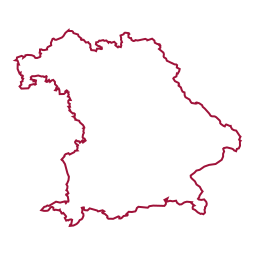 Bayern, Natural Earth projection
{"feature_id": "DEU-1591", "entity_name": "Bayern", "entity_type": "State", "adm_level": 1, "iso_a3": "DEU", "parent_name": "Germany", "parent_adm1": "", "projection": "natural_earth1", "projection_center": [10.676, 48.917], "detail": "fine", "context": "isolated", "style": "outline", "palette": "rose", "viewbox_px": 256, "rotation_deg": 0, "n_neighbors": 0, "source": "natural_earth", "source_scale": "10m", "svg_char_len": 5617}
<svg xmlns="http://www.w3.org/2000/svg" viewBox="0 0 256 256"><path d="M159.9,44.8L158.8,44.8L160.2,46.2L160.4,47.0L160.3,47.8L159.0,49.0L163.4,52.6L163.9,54.2L163.6,56.4L164.0,57.3L166.1,58.6L166.8,60.7L174.6,64.4L176.3,64.5L177.1,65.2L176.8,67.5L179.7,69.0L179.2,71.1L177.8,73.6L176.9,73.4L176.4,76.4L173.8,77.7L173.3,78.6L175.0,81.2L178.5,82.9L178.9,83.6L178.6,85.1L179.1,85.3L178.8,85.9L180.9,87.4L181.7,90.0L182.6,91.7L184.5,92.4L184.7,95.4L185.5,97.2L189.5,99.5L191.0,102.3L191.8,103.0L195.5,103.6L196.3,103.5L196.1,102.7L196.7,102.5L199.3,103.3L202.1,105.2L202.7,106.8L204.8,108.6L209.2,113.5L210.6,115.7L211.9,116.3L214.7,116.4L216.2,117.2L219.6,120.4L220.2,121.5L220.2,123.1L220.9,124.0L223.7,126.0L224.8,126.4L225.7,124.7L226.4,124.5L229.9,126.0L230.7,125.9L230.9,127.0L232.1,129.1L233.8,130.1L236.2,130.6L239.6,135.8L240.5,136.6L239.1,139.7L240.6,140.8L240.0,141.3L239.9,142.0L240.0,145.8L238.8,148.4L236.9,148.9L236.1,151.2L234.1,150.4L233.3,149.4L231.8,148.6L226.9,147.4L223.8,148.1L223.2,148.8L224.1,151.5L223.1,153.8L223.1,156.6L221.7,159.8L215.6,164.0L209.1,164.9L204.3,166.6L199.7,169.8L196.4,170.6L194.5,172.7L190.7,175.5L190.8,177.1L191.7,178.4L195.0,181.4L196.5,184.5L199.8,186.8L201.4,189.9L202.6,191.4L199.6,195.6L199.2,197.2L198.0,198.8L198.8,199.5L201.4,199.9L204.1,199.4L206.2,201.8L206.7,203.4L206.6,204.9L205.9,206.3L205.0,207.2L205.1,208.5L204.5,209.7L205.0,212.6L203.4,214.2L201.8,213.6L200.6,213.9L197.7,212.3L195.2,210.0L192.8,208.9L192.6,207.4L193.1,206.0L194.4,205.5L191.5,203.2L192.0,202.2L186.9,201.7L184.3,202.4L181.5,204.3L179.5,204.5L177.1,202.8L176.1,200.7L172.7,201.3L170.0,200.8L167.4,201.5L166.7,200.5L167.5,198.3L164.5,199.9L165.8,201.9L165.9,203.5L165.7,204.4L164.4,205.9L153.2,205.6L149.3,206.2L147.8,207.7L138.4,206.8L136.9,208.0L136.0,210.5L135.2,211.4L131.9,212.0L128.7,211.8L126.5,214.0L127.5,214.4L127.7,214.9L127.3,215.5L123.6,216.0L121.5,218.1L120.4,218.5L119.3,218.4L119.4,216.8L118.4,216.4L113.2,218.8L108.3,218.7L107.2,217.6L107.5,216.9L107.4,216.2L105.0,214.0L102.6,213.1L102.3,212.6L104.2,211.3L102.6,210.3L98.0,211.4L97.1,210.5L89.7,208.4L87.5,210.4L85.0,210.2L83.6,209.4L84.0,208.0L83.8,207.4L82.5,207.6L81.8,207.8L82.5,209.7L82.0,212.6L83.3,213.8L83.5,215.8L82.4,218.4L81.6,219.3L79.7,220.1L78.4,222.3L76.6,224.0L73.5,225.5L69.8,225.9L70.2,224.7L71.2,224.3L72.1,219.8L71.2,219.4L69.2,219.7L68.4,220.4L67.5,220.1L66.2,220.6L64.8,217.9L65.8,217.2L66.1,216.5L65.7,215.8L63.3,212.9L62.0,213.6L61.5,213.3L61.0,211.8L59.9,210.7L59.8,209.7L58.5,210.3L55.7,209.7L54.5,210.1L53.5,209.7L53.3,207.6L52.1,206.9L50.7,207.3L48.4,210.3L47.1,210.8L44.1,210.9L41.3,210.2L44.2,206.9L46.1,206.4L47.3,205.5L48.9,205.9L56.0,201.7L60.1,202.6L64.8,201.4L65.9,203.2L66.3,202.7L66.5,201.5L68.3,201.6L68.5,200.8L67.8,196.5L66.1,194.8L66.4,194.2L67.5,194.1L68.4,193.3L67.2,190.7L66.4,190.3L67.3,188.4L67.5,186.2L66.4,184.3L67.1,183.5L68.5,180.2L68.9,176.7L67.5,173.5L65.0,164.1L62.6,160.3L62.0,160.2L61.5,159.6L64.5,156.3L64.4,155.5L65.5,154.2L68.5,153.2L69.6,154.5L74.2,152.2L75.0,150.8L77.4,150.5L77.0,150.1L77.6,147.7L77.0,146.2L78.1,145.5L78.0,145.1L75.9,143.7L75.1,142.4L75.2,141.6L76.2,140.4L77.4,141.2L78.9,141.2L79.9,142.7L82.6,140.3L83.2,140.6L82.7,141.9L83.0,142.5L85.6,140.6L84.5,138.6L83.1,138.1L82.6,137.2L83.0,134.6L83.9,132.8L83.4,131.7L83.8,128.7L83.3,128.3L84.3,127.8L84.3,127.4L83.0,125.1L79.9,122.4L79.2,120.8L75.3,119.7L75.5,118.8L74.6,118.0L74.7,117.3L73.3,116.6L74.4,116.2L74.9,115.2L74.8,113.9L73.8,113.2L72.8,113.5L69.5,110.6L70.1,110.1L69.4,109.1L69.3,107.9L68.5,106.8L70.0,106.7L69.4,104.9L69.8,103.9L68.3,102.8L68.3,100.8L69.1,99.9L70.6,100.0L69.2,97.0L67.9,96.5L68.8,94.7L68.2,93.5L68.6,92.3L67.2,91.9L67.4,90.9L66.6,90.4L65.3,91.4L65.7,92.5L63.9,94.0L59.7,94.1L59.4,90.0L58.6,89.3L58.9,88.8L58.6,88.3L56.8,89.4L56.3,90.4L55.2,90.2L56.1,89.0L56.2,88.0L57.2,86.4L55.0,84.2L54.9,81.8L53.2,79.9L51.7,80.4L50.0,81.9L49.0,79.9L47.9,80.8L47.7,81.7L46.6,81.9L45.5,81.2L46.3,79.5L46.3,77.3L46.7,76.7L46.4,76.2L44.2,77.0L43.0,76.3L41.6,76.5L38.2,75.5L34.9,76.2L32.1,76.2L30.8,77.3L31.2,78.2L30.8,79.3L33.3,79.9L33.4,81.3L34.1,81.2L34.7,80.1L36.0,80.5L35.5,83.3L35.9,84.1L35.0,84.7L33.7,84.1L29.9,85.1L29.5,85.5L29.7,86.5L28.3,88.3L21.4,88.6L19.6,86.4L21.4,84.7L20.9,82.0L22.5,81.3L22.5,80.1L23.2,78.6L22.0,78.0L21.9,77.5L22.9,76.0L22.5,75.5L20.9,75.2L20.5,74.4L20.6,72.7L19.5,73.4L17.6,68.9L17.7,64.3L18.9,64.5L17.6,60.7L15.4,60.3L16.7,59.5L17.0,57.5L21.6,55.9L23.6,56.8L23.4,57.6L25.2,56.3L25.4,55.3L27.4,54.9L31.7,55.2L34.0,56.1L35.3,57.9L37.1,58.0L39.9,57.0L40.4,56.5L40.2,54.9L41.0,53.5L39.6,52.8L40.0,51.2L40.0,49.5L41.6,49.4L42.3,50.0L44.2,50.1L47.1,49.5L47.0,48.4L47.7,47.1L51.2,45.3L50.9,42.9L52.6,38.9L53.7,38.6L54.9,39.7L56.3,39.8L61.9,37.5L63.4,36.1L65.4,32.9L68.7,30.1L68.8,31.0L71.9,31.0L72.9,31.7L73.5,33.1L78.0,34.5L78.6,36.3L81.3,38.4L80.9,39.2L81.3,39.9L83.6,39.8L85.9,42.5L88.3,42.2L88.9,43.3L90.1,44.1L90.5,46.1L90.2,47.4L90.9,48.6L91.0,49.7L91.3,50.1L94.6,50.4L96.1,51.1L97.0,48.7L99.7,48.7L101.1,49.1L101.9,48.8L101.7,47.4L100.4,47.0L99.7,46.2L98.4,46.1L95.9,44.4L96.2,42.3L97.8,42.2L99.3,40.6L100.2,40.8L103.2,40.1L104.2,40.8L106.4,40.5L108.5,42.7L108.9,41.9L110.2,42.0L111.3,42.8L114.2,41.8L116.3,43.9L115.3,45.1L115.7,45.6L117.9,47.3L118.6,46.5L120.8,47.1L121.3,45.4L121.0,44.4L121.4,42.5L122.0,42.2L121.0,39.6L121.2,38.1L120.5,35.5L123.6,34.3L124.0,33.4L125.0,32.7L128.7,33.1L129.3,34.0L128.4,34.7L128.5,37.2L130.0,38.1L131.1,38.1L131.5,39.9L133.3,41.0L134.7,40.8L135.4,40.1L137.7,40.5L145.3,38.9L147.1,39.7L147.3,40.3L152.1,38.7L154.4,40.6L154.8,42.7L157.3,44.0L159.6,44.3L159.9,44.8Z" fill="none" stroke="#9f1239" stroke-width="2"/></svg>